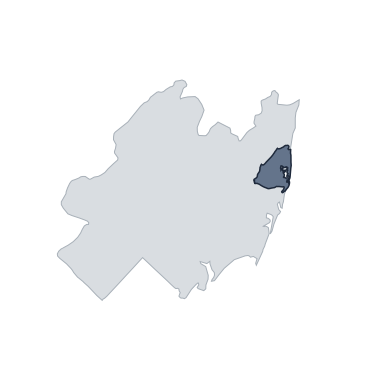 Ndougou, Ogooué-Maritime, Gabon (highlighted), rotated 223°
{"feature_id": "22940354B74005862204828", "entity_name": "Ndougou", "entity_type": "district", "adm_level": 2, "iso_a3": "GAB", "parent_name": "Gabon", "parent_adm1": "Ogooué-Maritime", "projection": "equal_earth", "projection_center": [10.09, -2.451], "detail": "fine", "context": "in_parent", "style": "filled", "palette": "slate", "viewbox_px": 384, "rotation_deg": 223, "n_neighbors": 0, "source": "geoboundaries", "source_scale": "gbopen_adm2", "svg_char_len": 6945}
<svg xmlns="http://www.w3.org/2000/svg" viewBox="0 0 384 384"><g transform="rotate(223 192 192)"><path d="M249.1,57.8L248.9,60.9L246.3,68.7L245.0,74.6L244.7,81.0L245.5,86.1L246.7,89.7L247.6,93.7L246.9,96.5L245.6,97.7L246.5,99.1L248.5,99.4L251.8,98.2L256.8,96.1L263.5,93.0L267.8,91.4L275.1,92.4L278.9,93.6L280.9,95.7L283.0,104.8L284.1,106.2L285.8,110.1L287.3,114.8L287.6,117.1L287.4,118.8L286.0,121.3L284.3,125.0L283.7,127.3L282.4,129.0L280.6,130.6L275.8,131.3L275.0,132.2L273.7,136.2L271.2,139.5L270.0,142.7L269.0,146.9L269.2,152.1L268.7,159.6L268.2,164.7L269.4,166.5L275.2,167.7L276.3,168.7L277.8,171.9L279.8,174.9L285.1,176.7L287.1,179.0L288.8,181.5L289.0,183.5L287.8,191.7L286.6,199.5L287.1,205.5L287.5,211.1L288.1,219.4L287.8,224.5L286.4,227.6L286.3,230.0L287.0,232.9L285.7,241.0L284.9,242.4L282.5,243.9L281.3,246.0L280.9,249.4L279.6,254.1L278.3,255.8L278.3,258.0L279.5,259.6L279.5,262.0L277.1,264.9L275.7,267.1L272.6,268.2L269.0,267.0L268.2,265.4L269.0,262.9L268.7,260.9L267.5,258.8L265.6,253.4L263.9,252.2L262.9,254.5L260.0,258.6L254.8,263.9L251.2,264.3L244.6,262.7L239.0,260.1L236.3,253.9L234.7,248.8L232.3,242.9L229.6,240.1L226.8,238.3L225.5,238.1L221.4,241.5L220.2,242.8L220.2,245.5L220.6,248.1L221.2,249.4L221.7,251.0L221.6,253.6L220.9,257.1L220.7,260.9L207.8,264.6L205.6,263.3L204.0,261.6L202.1,261.9L196.5,263.8L194.5,262.5L192.4,261.5L191.5,262.3L191.4,263.9L192.4,272.9L192.1,276.3L190.8,280.8L190.2,283.8L193.6,284.6L194.8,286.1L196.0,288.3L197.6,290.4L197.7,291.7L195.9,294.0L195.2,296.9L196.1,299.2L198.4,301.5L201.8,304.0L203.4,305.6L203.3,307.0L201.7,310.2L201.1,312.8L200.0,315.2L200.3,317.4L201.8,319.4L201.6,321.3L200.6,322.7L198.5,322.4L196.7,322.6L195.1,322.0L190.1,314.9L189.0,314.7L181.8,320.2L180.0,322.4L178.5,325.6L176.5,332.6L173.2,328.5L170.3,321.1L167.0,316.6L160.1,309.2L158.2,303.7L150.2,291.8L138.8,279.8L130.5,269.4L129.2,267.1L130.6,267.4L138.6,272.6L139.7,272.0L140.6,270.8L137.2,268.1L133.9,266.0L130.8,264.7L127.7,264.8L126.0,262.6L124.8,259.2L124.3,256.4L122.9,253.4L118.5,247.2L117.4,244.8L115.0,241.6L116.5,241.2L121.2,244.3L121.6,243.0L121.2,241.2L116.5,238.3L113.9,238.1L113.3,236.0L113.7,233.6L110.3,224.6L106.8,217.9L106.2,214.7L115.7,229.3L117.0,229.6L118.6,229.5L122.6,227.8L121.8,225.9L120.0,223.8L118.3,224.7L116.1,224.9L114.9,224.1L114.4,222.5L116.6,215.5L115.7,215.8L115.0,217.1L113.7,217.7L111.8,218.0L107.2,214.2L103.0,204.0L101.9,201.9L100.8,198.3L99.8,196.8L95.0,182.3L96.8,183.3L99.0,187.6L103.2,186.7L104.8,184.2L106.3,184.3L107.7,183.8L109.6,181.5L114.9,171.4L116.4,158.2L115.9,150.3L115.1,142.5L116.9,140.0L117.6,141.6L117.9,144.4L118.8,146.5L120.7,148.3L124.3,148.8L129.8,151.7L131.7,153.5L132.3,149.8L138.6,146.7L136.7,145.6L131.1,146.8L123.3,142.1L120.8,139.2L118.4,133.5L115.9,130.6L116.1,127.9L121.6,125.5L123.1,125.7L123.7,128.7L125.2,129.8L125.7,129.4L126.0,127.0L126.0,120.3L124.3,110.7L124.8,108.8L126.3,108.2L127.7,106.9L128.6,106.7L130.5,106.9L131.5,109.1L132.0,110.4L133.9,110.9L135.4,112.1L136.8,111.8L137.9,110.4L139.5,110.1L144.6,110.1L149.1,110.2L158.3,110.2L167.4,110.2L176.5,110.3L183.4,110.3L183.4,104.8L183.3,96.4L183.3,86.4L183.2,76.8L183.2,68.0L183.2,57.5L183.5,54.5L184.0,53.3L183.8,51.5L190.9,51.4L203.7,52.2L209.2,52.1L210.8,52.2L217.8,51.7L223.5,52.4L225.9,53.1L228.0,53.5L234.8,53.9L243.6,53.3L246.6,53.5L248.3,54.9L249.1,57.8Z" fill="#d9dde1" stroke="#a8b0b8" stroke-width="1"/><path d="M159.3,282.2L159.3,281.6L159.2,280.8L159.0,280.1L158.9,279.4L158.9,278.4L158.7,277.5L158.5,276.6L158.4,275.5L158.2,274.6L158.1,273.2L158.0,272.0L158.0,270.2L158.1,264.3L158.0,263.4L158.0,262.9L158.0,261.9L158.1,261.2L158.2,260.7L158.6,260.1L159.0,259.9L159.7,259.6L160.1,259.6L160.0,259.0L159.9,258.5L159.7,258.0L159.4,257.6L159.2,257.1L159.1,256.5L158.6,255.9L157.4,254.3L157.0,253.7L156.7,253.1L156.5,252.5L156.4,251.6L156.3,251.1L156.2,250.3L156.0,249.7L155.8,249.1L155.6,248.8L155.2,248.5L154.9,248.0L154.7,247.5L154.6,246.8L154.6,246.3L154.7,245.6L154.9,244.9L155.0,244.4L155.2,243.7L155.1,243.3L154.8,242.8L154.5,242.9L154.2,243.0L153.7,242.7L153.5,241.8L153.2,241.8L152.6,241.8L152.3,241.5L152.0,241.1L151.7,241.2L151.3,241.6L150.9,242.0L150.4,242.6L149.9,242.9L149.3,243.0L148.8,243.3L147.9,243.6L146.0,243.9L143.5,244.5L142.6,244.8L141.5,245.2L140.7,245.6L139.2,246.1L138.6,246.4L138.1,246.9L137.5,247.6L136.6,249.0L135.4,250.6L134.9,251.2L134.6,251.6L134.4,252.3L134.2,252.9L134.0,253.6L133.8,253.9L133.0,254.4L132.1,255.4L131.5,255.8L131.1,256.1L130.7,256.4L130.3,256.7L129.8,257.1L129.3,257.4L129.2,257.6L128.9,258.0L128.4,258.3L128.0,258.4L127.7,258.2L127.5,257.9L127.3,257.6L127.1,257.0L126.8,256.4L126.7,255.6L126.7,254.8L126.7,254.1L126.6,253.4L126.4,253.2L125.8,253.1L125.4,253.2L125.2,253.5L125.0,254.3L125.0,254.8L125.0,255.5L124.8,255.9L124.6,256.0L124.7,256.9L124.9,258.7L124.9,260.6L125.1,261.4L125.3,262.2L125.6,263.0L125.9,263.6L126.3,264.3L126.5,264.6L126.9,265.1L127.2,265.5L127.6,265.9L127.9,266.0L127.7,265.6L127.4,265.2L127.1,264.6L127.0,264.3L127.6,264.7L128.0,265.4L128.3,265.9L128.6,266.4L129.1,266.8L129.3,266.4L129.4,265.8L129.2,265.3L128.9,264.5L129.1,264.0L129.4,263.9L129.7,264.0L129.9,264.5L129.9,264.9L130.3,265.1L130.7,265.6L130.5,265.9L130.0,266.2L129.8,266.7L129.8,267.2L130.1,267.6L130.5,268.0L130.9,268.1L131.8,267.5L132.2,267.0L132.8,266.2L133.3,265.9L133.8,266.0L134.3,265.9L134.5,265.6L134.8,265.2L135.1,265.2L135.4,265.7L135.5,266.4L135.8,267.1L136.3,267.7L136.9,267.9L137.4,267.9L138.0,268.1L138.4,268.3L138.8,268.7L138.8,269.1L138.5,269.2L137.9,269.4L137.8,269.7L137.8,270.4L137.9,271.1L138.1,271.5L138.4,271.7L138.7,271.4L139.1,270.7L139.3,270.2L139.6,269.6L139.9,269.4L140.4,269.5L140.8,270.0L141.1,270.6L141.6,271.3L142.0,271.6L142.3,271.2L142.2,270.6L142.0,269.8L141.9,268.8L142.2,269.1L143.0,269.5L143.5,269.8L143.8,270.2L143.9,270.8L144.2,271.0L144.7,271.5L144.4,272.1L144.1,272.3L143.7,272.4L142.9,272.5L142.2,272.6L141.7,272.7L141.2,272.9L140.9,273.3L140.7,273.7L140.5,274.3L140.1,274.7L139.8,275.0L139.6,274.9L139.4,274.3L139.0,274.5L138.5,274.9L138.3,274.9L138.3,274.3L138.2,273.7L138.1,273.1L137.7,273.0L137.1,273.4L136.8,273.2L136.7,272.8L136.6,272.3L136.4,271.8L136.1,271.4L135.6,271.2L135.1,270.9L134.8,271.0L134.3,271.0L134.1,270.5L134.1,269.7L133.9,269.3L133.4,269.4L133.4,269.2L133.5,268.6L133.6,267.7L133.2,268.4L132.9,268.9L132.5,269.3L131.7,269.6L130.9,269.5L130.5,268.8L129.9,268.0L129.5,267.8L129.7,268.4L130.1,269.2L131.2,270.7L133.4,273.5L135.9,276.7L137.6,279.1L140.0,281.3L141.1,282.5L143.2,284.7L144.7,286.3L146.5,287.6L148.8,290.3L149.2,290.1L149.5,290.0L149.7,289.6L150.0,289.1L150.3,288.9L150.7,288.9L151.1,289.0L151.3,289.2L151.4,289.9L151.7,290.7L151.9,291.1L152.4,291.5L152.6,291.6L153.3,291.6L153.7,291.5L154.1,291.2L154.4,290.8L154.6,290.5L154.8,290.3L155.2,290.0L155.4,289.7L155.6,289.1L155.8,288.4L155.8,287.4L156.1,286.7L156.5,285.7L156.8,284.7L157.1,284.0L157.5,283.4L157.9,282.8L158.3,282.5L158.7,282.2L159.3,282.2Z" fill="#64748b" stroke="#1e293b" stroke-width="1.5"/></g></svg>